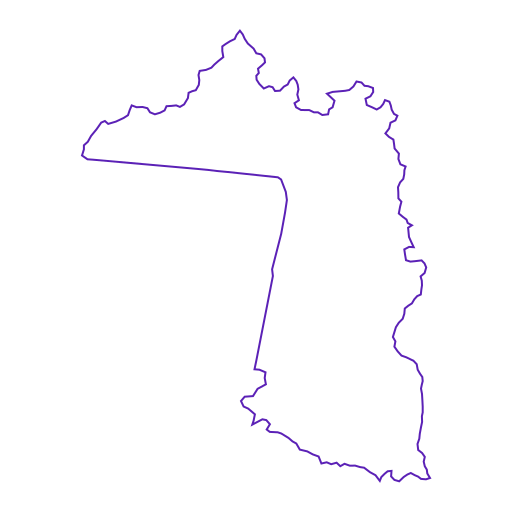 outline of Água Doce do Norte, Espírito Santo, Brazil
{"feature_id": "56859067B20048204764079", "entity_name": "Água Doce do Norte", "entity_type": "district", "adm_level": 2, "iso_a3": "BRA", "parent_name": "Brazil", "parent_adm1": "Espírito Santo", "projection": "mercator", "projection_center": [-40.991, -18.518], "detail": "fine", "context": "isolated", "style": "outline", "palette": "violet", "viewbox_px": 512, "rotation_deg": 0, "n_neighbors": 0, "source": "geoboundaries", "source_scale": "gbopen_adm2", "svg_char_len": 3296}
<svg xmlns="http://www.w3.org/2000/svg" viewBox="0 0 512 512"><path d="M82.0,155.5L87.5,159.3L93.1,159.7L197.2,168.9L207.9,169.9L217.0,171.0L227.7,172.0L277.9,177.3L281.1,179.5L285.8,191.9L286.9,200.0L285.0,212.8L281.2,233.8L272.1,269.3L272.9,276.0L269.0,295.9L256.3,360.7L254.5,369.3L259.4,369.7L265.5,372.3L264.7,378.0L265.9,384.3L257.6,388.8L253.0,396.1L244.7,396.7L241.0,401.0L243.6,406.5L248.2,408.6L254.9,414.3L253.6,420.7L252.3,424.6L262.4,419.3L266.3,420.1L269.9,424.2L266.7,429.5L269.8,431.9L277.7,432.3L281.3,433.5L288.6,438.0L292.5,441.4L296.3,443.5L299.8,449.6L307.3,451.4L312.8,454.4L318.6,456.5L321.4,463.5L326.7,462.3L331.2,464.2L336.6,462.7L340.3,466.2L344.5,463.8L349.9,465.7L355.1,465.6L360.1,467.1L364.1,467.7L370.0,472.2L375.5,475.2L379.8,480.9L381.3,477.1L384.6,473.8L387.6,471.3L391.5,470.9L391.1,476.4L394.4,479.9L399.2,481.3L403.7,477.0L407.4,474.5L410.8,473.0L414.8,475.2L418.1,476.6L421.0,478.9L426.0,479.3L430.0,478.0L427.3,473.5L426.8,469.6L424.8,466.3L423.7,461.6L424.8,456.9L422.1,453.0L418.2,450.0L417.5,444.0L419.3,438.7L419.8,433.7L421.0,427.2L422.1,421.9L421.9,416.2L422.7,412.4L422.7,406.7L422.4,400.6L422.0,393.9L421.0,388.6L421.8,384.7L422.7,381.1L422.3,377.0L420.0,373.7L417.7,369.7L416.7,364.2L413.5,360.8L406.3,357.3L401.5,355.6L397.7,351.4L394.4,346.7L395.4,341.4L392.9,337.0L394.4,332.1L395.9,327.2L398.8,322.7L402.7,318.8L404.3,313.8L404.8,308.5L408.3,305.7L411.9,303.4L414.3,299.3L417.2,296.1L420.8,294.5L421.4,289.2L422.0,285.3L421.8,280.7L420.6,276.4L424.6,273.0L426.2,267.4L424.5,263.4L421.6,260.4L414.8,261.2L410.4,261.6L406.0,260.2L405.0,254.3L404.3,249.4L409.1,246.9L413.7,247.2L411.2,241.9L409.0,237.0L408.1,227.7L411.9,225.3L407.7,223.0L406.5,219.6L402.9,216.9L398.8,213.5L400.1,206.6L401.4,201.7L398.4,198.4L398.3,192.3L398.0,187.2L400.1,182.4L403.3,178.9L404.2,174.4L404.4,170.2L405.6,166.5L400.4,164.3L398.4,159.0L398.9,153.6L394.6,148.5L394.0,143.6L393.4,139.6L389.0,136.9L385.4,133.4L389.2,128.4L390.5,122.7L395.4,120.4L397.4,115.7L394.0,113.9L391.7,109.7L390.8,105.5L389.4,101.7L385.0,100.1L383.2,104.0L380.5,107.3L376.7,109.5L371.9,107.2L366.8,105.0L365.5,98.7L370.4,96.3L373.2,92.0L373.0,88.0L368.2,86.2L364.5,85.8L361.5,82.5L356.5,81.5L353.4,86.5L349.3,90.0L345.1,90.8L338.4,91.4L332.7,91.9L327.0,93.7L329.9,96.4L334.5,100.7L332.6,107.3L329.1,109.4L328.1,114.3L322.3,115.0L317.9,112.3L313.9,112.3L309.3,110.1L301.0,110.0L296.1,107.3L294.5,103.2L298.9,100.3L297.3,94.6L298.4,89.4L297.7,84.7L296.3,81.0L293.4,77.4L289.7,80.5L287.7,84.5L283.9,86.6L280.0,90.7L275.0,91.0L272.6,87.2L269.0,86.2L263.8,88.5L259.3,83.9L256.6,79.7L256.3,75.8L258.8,73.0L258.0,68.7L262.1,65.2L265.0,62.4L264.5,58.3L261.1,54.4L256.3,53.3L253.6,48.6L247.8,43.5L244.7,38.8L242.8,34.5L239.9,30.7L236.6,34.8L234.7,39.0L230.1,41.2L225.5,44.1L222.3,46.4L222.3,51.0L223.3,57.1L218.5,60.9L214.3,64.6L211.4,67.7L206.0,69.9L199.7,70.9L198.5,75.0L199.3,80.1L198.8,84.9L195.8,90.2L192.2,91.2L188.6,92.8L187.9,98.1L184.1,104.4L179.9,106.9L176.2,105.4L171.5,105.9L166.5,106.2L164.6,110.4L160.2,112.7L154.9,114.3L150.0,112.3L147.4,108.2L142.6,107.0L136.5,107.2L131.7,105.4L129.7,110.1L128.0,115.2L123.6,118.0L115.9,121.6L108.2,123.9L104.9,121.0L101.2,122.6L96.6,129.2L91.1,135.9L87.8,141.8L83.9,145.3L83.9,149.4L82.0,155.5Z" fill="none" stroke="#5b21b6" stroke-width="2"/></svg>